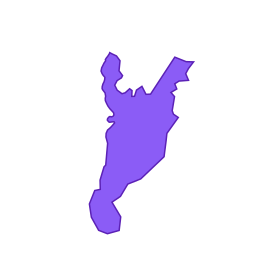 Sirdarya, Sirdaryo, Uzbekistan, rotated 225°
{"feature_id": "79887680B82422734608067", "entity_name": "Sirdarya", "entity_type": "district", "adm_level": 2, "iso_a3": "UZB", "parent_name": "Uzbekistan", "parent_adm1": "Sirdaryo", "projection": "equal_earth", "projection_center": [68.708, 40.817], "detail": "fine", "context": "isolated", "style": "filled", "palette": "violet", "viewbox_px": 256, "rotation_deg": 225, "n_neighbors": 0, "source": "geoboundaries", "source_scale": "gbopen_adm2", "svg_char_len": 1380}
<svg xmlns="http://www.w3.org/2000/svg" viewBox="0 0 256 256"><g transform="rotate(225 128 128)"><path d="M145.0,211.2L136.0,167.9L139.1,164.5L147.6,167.3L148.8,160.8L145.8,155.0L147.7,153.0L151.6,157.3L154.6,156.9L154.9,150.9L156.5,148.0L162.4,147.1L167.7,148.9L169.2,153.8L168.1,158.8L168.9,161.2L174.8,162.1L181.2,169.9L187.1,170.8L191.8,169.1L194.2,168.4L193.7,167.4L193.0,164.1L192.9,162.6L192.4,160.4L191.3,159.6L190.9,157.1L189.8,153.9L189.2,152.0L187.3,149.2L185.0,148.2L183.0,147.7L180.2,147.5L178.7,145.7L177.6,143.7L176.8,141.3L175.5,139.0L174.1,137.5L172.9,137.1L169.1,136.6L166.3,134.7L165.1,132.9L163.3,131.3L160.4,130.2L157.6,129.3L154.6,128.8L151.9,128.7L149.0,128.6L147.6,127.6L147.0,126.8L146.9,126.1L147.1,125.1L147.6,124.2L148.8,123.4L149.2,122.8L149.2,121.6L149.1,120.3L148.3,119.0L147.2,118.8L145.4,118.8L144.4,119.9L143.5,121.2L142.3,122.5L141.1,122.1L140.9,120.2L140.7,116.1L141.0,112.1L139.7,108.8L137.2,106.0L131.6,102.8L117.5,86.0L117.5,83.6L110.9,71.4L104.2,65.0L107.3,60.3L101.6,47.0L90.8,39.0L76.4,34.9L67.8,38.7L61.8,49.3L70.3,60.0L86.9,64.2L85.0,74.3L88.5,88.2L83.0,101.0L82.2,133.2L92.1,146.0L96.7,151.7L99.9,171.0L105.6,169.9L109.0,171.5L117.3,183.1L122.8,183.5L121.1,190.1L126.2,192.3L125.1,197.3L124.3,198.2L118.9,204.5L125.6,207.2L127.3,212.8L128.4,221.1L133.8,216.0L145.0,211.2Z" fill="#8b5cf6" stroke="#5b21b6" stroke-width="1.5"/></g></svg>